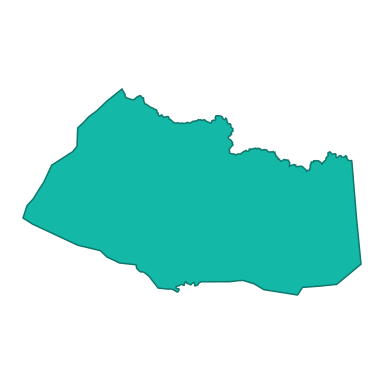 Teshig, Bulgan, Mongolia
{"feature_id": "93677404B98816227720270", "entity_name": "Teshig", "entity_type": "district", "adm_level": 2, "iso_a3": "MNG", "parent_name": "Mongolia", "parent_adm1": "Bulgan", "projection": "mercator", "projection_center": [103.202, 50.045], "detail": "fine", "context": "isolated", "style": "filled", "palette": "teal", "viewbox_px": 384, "rotation_deg": 0, "n_neighbors": 0, "source": "geoboundaries", "source_scale": "gbopen_adm2", "svg_char_len": 5989}
<svg xmlns="http://www.w3.org/2000/svg" viewBox="0 0 384 384"><path d="M33.2,198.9L27.1,205.5L23.0,218.0L32.7,224.2L77.9,245.3L100.3,250.6L106.9,257.0L119.6,263.0L135.3,264.7L135.9,264.7L135.9,264.8L136.1,265.2L136.1,265.3L136.1,265.8L136.2,266.1L136.5,266.6L136.5,266.8L136.7,267.3L136.5,267.7L136.5,268.1L136.9,268.5L137.1,268.7L137.2,268.9L137.3,269.0L137.8,269.4L138.2,269.8L138.5,270.4L139.7,271.3L140.2,271.7L140.5,271.9L141.2,272.0L142.4,271.9L143.9,272.2L149.0,276.3L158.2,288.1L169.0,289.2L169.4,288.9L169.7,288.9L170.7,288.9L171.0,288.9L171.4,289.1L171.9,289.2L172.2,289.3L172.9,289.6L173.6,289.8L174.3,290.1L174.8,290.5L175.6,291.2L177.0,291.9L177.2,292.0L177.8,291.9L178.0,291.8L178.2,291.6L178.5,291.1L178.9,290.1L179.1,289.5L179.1,289.2L178.3,288.7L177.1,288.5L176.3,288.1L176.0,287.8L175.9,287.5L176.0,287.2L176.1,286.9L177.4,285.9L177.7,285.8L177.9,285.8L178.5,285.9L178.9,285.8L179.1,285.7L181.1,284.3L181.4,284.3L181.5,284.3L182.2,284.7L183.1,285.1L183.4,285.3L183.7,285.3L184.1,285.2L184.3,285.0L184.4,284.8L184.5,284.5L184.4,283.6L184.5,283.3L184.5,283.0L184.6,282.7L184.9,282.3L185.8,281.7L185.9,281.8L186.0,281.9L186.5,282.8L186.7,283.2L187.1,283.4L187.3,283.5L188.0,283.6L188.8,283.9L190.3,284.7L190.6,284.8L190.9,284.8L191.3,284.6L191.7,283.9L192.4,283.2L193.1,282.6L193.4,282.4L193.8,282.4L194.0,282.6L194.3,283.3L194.6,284.4L194.7,285.6L194.8,285.8L195.0,285.9L195.5,285.8L196.1,285.5L197.4,285.1L197.6,285.0L197.9,284.8L198.0,284.6L198.3,283.9L198.5,283.6L198.7,283.3L199.3,282.7L200.4,282.1L200.9,282.1L201.7,281.7L202.5,281.6L203.4,281.8L229.7,281.7L238.2,280.7L243.0,280.4L253.9,283.7L264.0,289.7L297.6,295.0L302.5,287.4L319.8,286.1L336.6,284.4L361.0,264.2L358.2,235.2L356.6,219.0L352.0,163.3L352.0,162.9L351.6,160.5L350.1,160.7L349.0,160.6L348.0,160.1L347.5,159.2L347.1,158.8L346.8,157.8L346.8,156.6L346.0,155.8L345.6,155.7L344.8,156.6L344.8,157.2L344.3,157.3L342.0,157.1L341.7,156.9L341.5,156.4L341.0,155.8L340.5,155.6L339.3,155.9L337.3,157.6L336.9,157.5L335.9,156.7L336.0,154.4L335.5,153.8L332.1,154.1L330.8,152.8L330.4,152.2L330.1,152.0L329.9,151.9L329.6,151.9L329.2,152.2L328.1,152.7L328.0,153.3L328.0,154.1L328.2,155.0L328.3,155.3L327.8,155.9L327.6,156.5L326.6,157.2L326.2,157.6L325.9,158.9L325.8,159.9L325.1,160.6L324.6,160.9L324.4,161.3L322.8,162.6L322.4,163.8L322.0,164.1L321.9,163.6L319.4,161.3L318.2,160.7L317.2,161.0L315.7,160.6L314.8,160.8L313.7,160.8L313.5,161.0L313.3,161.9L313.1,162.1L312.8,162.1L311.9,161.9L311.5,162.0L311.1,162.7L311.0,163.6L310.4,164.5L310.4,165.2L310.1,166.4L310.5,167.5L310.4,167.9L310.0,168.3L309.3,170.4L307.7,170.3L306.7,171.3L306.7,170.7L306.4,170.2L305.5,169.7L304.4,168.3L303.5,167.9L302.9,167.0L302.3,166.4L301.2,166.4L300.4,166.1L299.0,166.5L298.0,166.4L297.0,166.6L296.5,166.6L295.8,166.2L295.5,165.7L295.6,165.0L295.2,165.1L294.5,164.7L294.0,164.5L292.7,165.0L290.8,165.5L289.4,166.1L289.6,165.1L289.7,162.6L288.4,160.5L288.3,160.2L287.4,160.2L286.8,159.9L286.2,160.0L285.8,160.0L285.0,159.6L284.3,159.5L283.3,159.9L281.7,161.1L280.7,161.2L278.8,158.8L278.0,158.9L277.8,157.5L277.4,157.2L276.0,156.3L276.0,155.5L275.5,154.4L274.8,153.2L274.9,152.3L274.4,152.4L274.0,152.2L273.6,151.9L273.3,151.5L273.0,151.6L272.3,152.1L271.6,151.9L270.9,151.8L269.9,152.1L269.3,152.1L268.8,151.8L268.2,151.8L267.5,151.1L267.0,150.2L266.0,149.8L264.9,149.6L263.5,149.7L262.8,150.0L261.9,150.0L261.3,150.1L261.1,149.8L260.8,149.4L260.1,148.8L259.6,148.6L258.4,148.3L258.1,148.2L257.3,148.8L256.7,148.9L255.8,148.2L255.5,148.1L254.5,148.6L253.9,148.5L252.9,148.7L252.0,149.3L251.5,149.3L250.9,149.3L250.3,148.9L249.1,149.3L249.3,150.5L249.1,150.8L248.6,151.2L247.0,151.2L245.9,150.4L245.5,150.6L244.7,151.4L244.0,151.4L243.6,151.6L240.3,154.0L239.6,154.0L239.3,154.1L238.3,153.9L236.7,154.5L235.8,155.0L235.3,154.7L234.7,154.3L233.5,153.9L232.3,153.9L229.5,153.1L229.6,150.8L229.2,150.0L229.6,148.5L230.2,148.2L230.7,147.3L232.1,145.8L232.8,145.4L232.9,144.7L232.8,144.2L232.2,143.8L232.2,143.4L232.6,142.4L231.8,141.7L231.3,140.7L230.6,139.9L228.9,139.0L228.4,138.1L228.3,136.4L228.5,136.2L229.8,136.1L231.6,134.2L231.2,133.9L231.1,133.5L231.4,132.5L231.4,132.2L232.6,131.5L233.0,131.0L233.0,130.4L232.7,130.0L232.6,129.6L232.7,129.2L232.9,128.7L231.4,127.6L231.1,127.2L230.8,126.1L230.8,124.5L229.9,123.7L228.9,123.9L228.2,123.9L227.5,122.8L227.5,122.2L227.3,122.2L227.2,121.8L226.8,120.4L226.4,119.6L226.6,119.0L226.4,118.8L225.9,118.6L225.7,118.3L224.7,119.6L223.7,119.5L223.0,118.9L222.9,118.7L222.9,118.0L222.4,117.6L222.2,117.3L222.1,116.8L221.0,116.2L220.6,116.3L219.8,115.8L219.3,115.8L216.0,115.8L215.7,116.3L215.8,116.6L215.7,116.9L215.1,117.8L215.7,118.5L215.7,119.2L215.3,119.8L215.2,120.2L214.5,120.4L213.6,120.1L213.2,120.2L212.6,120.5L212.0,120.6L211.8,121.3L211.6,121.5L211.5,122.4L211.0,122.7L210.9,123.0L210.4,123.1L207.7,121.8L205.5,120.9L205.4,120.3L204.6,120.3L204.2,119.9L203.8,119.7L203.6,119.7L203.0,120.1L201.6,120.5L200.7,119.7L199.9,120.0L198.7,119.7L198.1,119.7L197.1,120.8L196.7,121.0L196.2,120.8L194.4,121.3L193.4,121.1L190.3,122.9L189.2,123.1L187.5,122.3L186.9,122.5L186.2,123.0L184.1,123.5L183.7,123.5L182.4,123.0L180.4,123.4L179.9,123.4L179.5,123.1L178.1,123.0L177.1,122.8L176.0,123.2L175.4,123.1L173.2,122.2L172.8,121.9L171.2,120.1L169.2,118.9L168.6,116.9L168.2,116.7L167.5,116.5L165.7,116.9L165.5,117.0L164.4,117.1L163.9,117.3L163.2,116.8L162.4,115.9L162.3,115.4L161.9,115.0L161.5,114.9L159.9,116.1L158.9,115.5L158.3,114.9L158.1,114.3L158.3,113.2L157.2,112.9L156.9,112.4L157.1,111.8L156.6,109.9L154.1,109.0L152.4,107.9L150.5,107.3L146.5,104.3L145.3,104.1L144.9,103.8L144.7,103.4L143.9,101.4L143.7,99.9L143.4,97.9L142.1,97.7L140.9,96.0L140.4,95.7L139.9,95.7L139.4,95.8L136.8,97.1L135.6,98.3L135.1,98.6L134.8,99.3L134.5,99.5L132.7,99.7L131.8,99.5L131.5,99.5L126.0,97.6L125.3,96.3L125.1,95.9L125.1,94.5L122.0,89.0L106.9,101.1L96.9,110.7L88.6,116.9L83.5,122.5L77.7,127.9L77.0,146.3L72.8,151.6L51.7,165.2L43.9,181.9L38.4,190.5L33.2,198.9Z" fill="#14b8a6" stroke="#0f766e" stroke-width="1.5"/></svg>